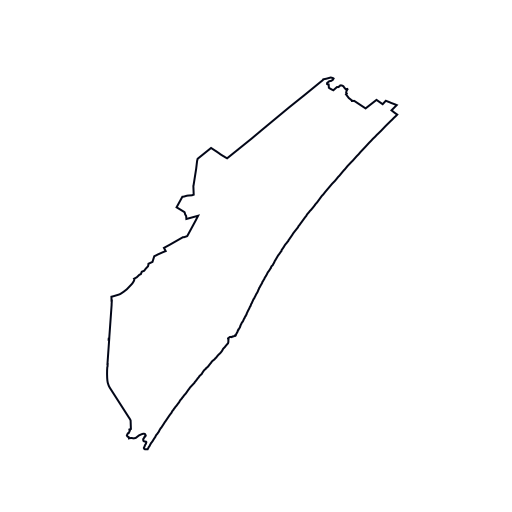 Carnikavas pag., Carnikavas, Latvia, rotated 158°
{"feature_id": "27541924B94741323033452", "entity_name": "Carnikavas pag.", "entity_type": "district", "adm_level": 2, "iso_a3": "LVA", "parent_name": "Latvia", "parent_adm1": "Carnikavas", "projection": "equal_earth", "projection_center": [24.255, 57.126], "detail": "fine", "context": "isolated", "style": "outline", "palette": "ink", "viewbox_px": 512, "rotation_deg": 158, "n_neighbors": 0, "source": "geoboundaries", "source_scale": "gbopen_adm2", "svg_char_len": 6085}
<svg xmlns="http://www.w3.org/2000/svg" viewBox="0 0 512 512"><g transform="rotate(158 256 256)"><path d="M431.5,118.5L428.9,117.4L427.6,118.5L426.9,119.1L426.0,119.6L425.3,120.2L424.6,120.9L423.8,121.4L423.6,121.7L423.3,121.9L422.8,122.1L420.6,123.5L420.2,123.9L419.6,124.3L418.8,124.9L417.2,125.9L417.0,126.2L415.4,127.5L413.9,128.2L413.5,128.5L413.0,128.9L412.4,129.2L411.8,129.6L411.0,130.4L408.8,132.1L408.3,132.2L407.3,132.9L404.0,135.2L403.0,136.0L402.1,136.5L396.0,140.6L394.7,141.4L393.1,142.3L391.9,143.4L390.7,144.1L390.2,144.3L389.2,145.1L388.2,145.6L387.2,146.3L386.1,146.8L384.1,148.0L383.9,148.2L382.2,149.1L381.0,150.1L380.2,150.7L379.3,151.1L377.8,151.9L377.4,152.3L376.2,152.8L375.9,153.1L374.7,153.8L374.3,154.0L372.6,154.8L368.5,157.5L367.5,158.0L367.3,158.2L366.4,158.8L361.4,161.1L360.7,161.4L360.0,162.0L358.6,162.7L356.4,164.0L356.1,164.3L354.7,164.9L353.5,165.8L353.0,166.0L350.4,167.0L349.5,167.8L347.1,169.4L345.6,170.0L345.0,170.1L344.5,170.6L343.3,170.9L342.7,171.2L341.6,171.5L341.1,172.0L340.4,172.3L340.0,172.6L339.2,173.0L338.4,173.5L337.9,173.7L337.4,174.0L337.1,174.3L335.7,175.0L333.2,175.7L332.0,176.4L330.9,176.7L330.4,177.1L328.6,178.1L327.5,178.6L325.6,179.3L324.1,180.1L323.6,180.4L322.7,181.0L321.8,181.8L321.3,182.2L320.5,182.6L319.0,183.2L318.6,183.5L316.2,184.8L314.7,185.5L314.0,186.4L313.5,187.4L313.4,187.7L313.2,188.2L312.9,188.7L312.9,189.0L312.7,189.2L312.9,189.9L312.8,190.1L310.6,190.7L310.0,190.5L309.6,190.4L309.2,190.0L308.9,189.9L308.8,190.0L308.0,190.2L307.2,189.9L306.6,189.9L306.0,189.9L305.2,190.3L305.0,190.2L304.8,189.8L304.6,189.9L303.7,190.9L302.9,191.6L302.3,192.0L302.2,192.2L301.8,192.4L301.2,193.0L301.1,193.3L300.6,193.8L300.2,193.9L300.1,194.1L299.9,194.5L299.0,194.8L298.2,195.5L297.5,196.0L297.1,196.6L296.8,196.8L296.7,197.1L296.3,197.4L295.6,198.2L295.1,198.5L294.4,199.2L293.8,199.7L293.4,199.8L292.4,200.5L291.2,201.7L291.1,201.8L290.9,202.0L290.3,202.5L290.0,202.6L289.5,203.2L289.0,203.6L288.6,204.0L287.9,204.3L287.7,204.7L287.4,204.9L286.7,205.3L286.5,205.7L286.2,206.1L283.7,208.4L282.0,209.8L280.4,211.4L279.6,211.8L279.4,212.2L278.2,213.5L277.4,214.0L276.7,214.8L275.9,215.5L274.5,216.9L273.6,217.3L272.9,218.1L272.2,218.6L270.1,220.5L269.9,220.7L268.7,221.5L267.8,222.3L266.8,223.3L266.4,223.8L265.6,224.4L265.1,225.1L264.7,225.3L263.3,226.4L263.0,226.8L261.8,227.6L261.0,228.3L260.2,228.9L260.0,229.3L259.6,229.7L258.9,230.1L257.8,231.0L256.8,231.7L256.5,232.0L255.9,232.7L254.4,233.6L254.1,234.0L253.3,234.5L251.1,236.5L250.3,236.9L248.9,237.8L247.7,238.7L246.9,239.2L246.7,239.3L246.5,239.8L245.9,240.2L245.4,240.7L244.0,241.2L243.7,241.4L242.9,242.2L242.3,242.5L241.9,243.0L241.0,243.7L240.9,243.9L240.1,244.6L239.6,244.9L235.6,248.0L234.9,248.5L234.4,248.7L231.3,250.7L230.5,251.1L230.1,251.8L229.6,252.2L228.1,253.1L227.2,253.8L226.6,254.1L225.7,254.9L224.3,255.8L222.5,256.7L221.6,257.3L220.6,257.7L220.4,258.0L219.7,258.6L218.9,259.0L218.3,259.5L217.0,260.3L214.0,262.3L213.3,262.9L211.1,264.2L206.3,266.9L205.5,267.7L204.3,268.3L201.8,269.9L201.4,270.1L200.8,270.5L196.0,273.5L194.3,274.4L193.4,275.2L192.8,275.6L190.4,276.8L189.1,277.6L187.8,278.1L185.0,279.6L182.2,281.2L182.0,281.5L179.3,282.8L172.4,287.1L170.7,287.8L167.6,289.6L158.3,294.5L154.6,296.1L149.9,298.7L148.8,299.1L144.4,301.5L143.3,302.1L142.8,302.3L142.4,302.6L141.5,302.9L137.3,305.2L132.2,307.5L130.7,308.1L125.3,310.8L122.7,311.9L120.1,313.3L113.1,316.5L112.3,316.9L108.5,318.7L107.3,319.2L105.7,319.9L103.9,320.8L100.8,322.0L98.5,323.1L97.4,323.5L93.2,325.2L87.5,327.8L84.9,328.9L82.7,329.8L80.8,330.6L78.7,331.4L76.5,332.4L73.6,333.5L72.1,334.2L73.9,337.0L75.8,340.3L69.0,343.2L70.2,344.4L73.6,347.5L74.2,348.2L77.5,351.3L81.7,349.3L85.8,355.6L99.1,351.8L106.8,363.0L109.0,363.8L108.9,364.5L109.2,364.8L109.5,365.5L110.8,367.7L112.0,372.2L111.0,372.6L111.2,373.7L110.2,375.2L108.8,376.3L108.0,376.5L110.4,377.1L111.1,379.2L111.4,380.7L112.6,382.0L113.9,382.6L114.4,382.3L115.2,382.2L116.1,381.7L117.7,382.3L122.2,380.7L123.4,382.0L124.7,383.6L125.4,384.7L124.4,387.8L125.2,388.2L125.7,388.9L125.2,389.8L122.6,390.6L120.7,390.2L118.7,390.6L117.6,391.5L118.1,392.2L119.8,393.5L124.2,394.0L127.5,394.6L128.2,394.0L131.6,393.0L149.6,387.4L169.6,381.4L202.9,370.8L216.1,366.5L246.2,357.4L247.8,359.4L248.1,359.9L249.0,361.0L251.1,363.9L251.4,364.5L253.1,367.1L257.2,373.0L273.7,368.0L275.0,366.2L278.8,359.3L287.5,344.8L287.8,344.5L290.8,336.2L292.7,336.3L296.7,337.6L297.7,337.8L300.7,338.1L302.1,338.5L309.7,332.3L311.4,330.9L308.4,326.9L305.9,323.5L305.9,322.4L306.1,321.1L305.8,319.4L306.0,318.5L306.7,316.4L294.6,315.0L297.5,312.5L298.4,311.7L312.2,300.3L312.6,300.2L315.8,300.4L316.7,300.8L332.1,298.7L338.3,298.0L337.9,294.4L340.9,294.4L346.6,294.2L348.2,294.0L350.4,293.9L354.2,289.3L358.6,289.1L359.2,288.0L360.0,286.9L362.9,285.6L365.2,284.2L367.8,284.2L369.6,282.3L371.1,282.3L374.6,280.9L377.5,280.6L377.4,280.2L377.8,279.5L378.8,278.4L380.2,277.4L380.9,276.9L382.3,276.2L388.3,273.5L392.2,272.4L396.1,271.6L397.6,271.6L403.2,272.1L405.3,272.4L406.7,268.7L406.4,268.6L407.7,265.9L408.3,264.5L423.0,234.5L423.5,234.6L423.8,234.0L423.2,234.0L434.2,211.5L434.0,211.4L435.1,209.1L435.6,208.5L436.7,206.2L438.3,202.4L439.7,198.6L440.5,196.0L440.9,194.2L441.0,193.2L441.1,191.4L441.1,190.4L440.9,188.6L434.3,153.6L434.2,153.2L434.0,152.1L433.9,151.2L433.9,150.4L436.8,142.5L438.8,142.6L439.2,142.6L437.9,142.0L439.2,140.5L440.1,139.9L440.4,139.5L441.2,139.6L441.5,139.4L442.3,138.6L442.9,138.1L443.0,137.9L442.9,137.4L442.7,136.6L442.1,136.1L441.9,135.9L442.1,134.5L441.5,134.5L439.6,133.9L438.8,133.4L437.9,132.8L437.6,132.7L435.9,132.4L435.5,132.4L431.6,133.5L428.8,133.6L427.6,133.5L426.7,133.3L426.2,133.0L425.7,132.6L425.6,132.2L425.5,131.3L425.8,131.0L426.5,130.5L426.2,130.3L426.7,130.0L428.2,129.2L428.5,128.8L429.2,128.5L429.3,128.2L429.4,127.9L429.6,127.1L429.6,126.8L429.5,126.5L429.2,126.1L428.7,125.7L427.6,125.1L427.5,124.9L427.4,124.5L427.6,124.2L428.4,123.2L429.9,122.1L430.7,121.1L431.7,120.3L431.9,120.0L431.9,119.7L431.8,118.9L431.5,118.5Z" fill="none" stroke="#020617" stroke-width="2"/></g></svg>